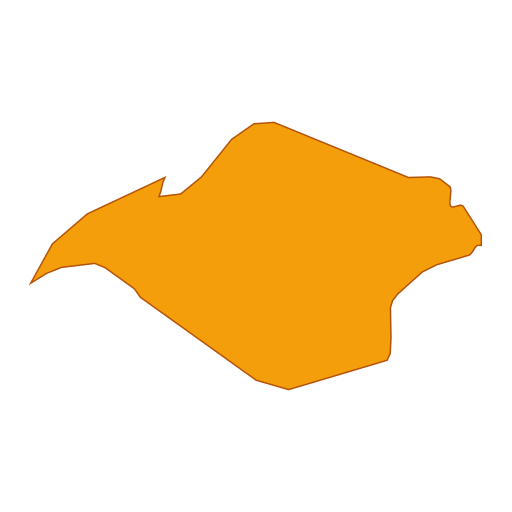 the border of Isle of Wight
{"feature_id": "GBR-2758", "entity_name": "Isle of Wight", "entity_type": "Unitary Authority", "adm_level": 1, "iso_a3": "GBR", "parent_name": "United Kingdom", "parent_adm1": "", "projection": "albers", "projection_center": [-1.252, 50.678], "detail": "fine", "context": "isolated", "style": "filled", "palette": "amber", "viewbox_px": 512, "rotation_deg": 0, "n_neighbors": 0, "source": "natural_earth", "source_scale": "10m", "svg_char_len": 666}
<svg xmlns="http://www.w3.org/2000/svg" viewBox="0 0 512 512"><path d="M463.1,206.1L481.3,234.8L481.3,245.4L477.2,245.4L474.8,247.9L472.8,251.4L469.8,254.9L436.6,264.8L422.4,271.9L397.8,293.9L392.6,300.6L390.4,307.7L391.0,337.9L390.2,353.5L387.2,360.2L288.6,389.6L256.3,380.3L140.5,297.4L134.4,288.8L105.0,267.6L94.8,263.4L61.3,267.4L46.7,273.3L30.7,283.2L52.4,243.9L87.4,213.8L165.0,177.4L163.0,182.1L160.7,191.6L159.0,196.6L180.7,194.0L201.5,176.9L231.7,139.3L253.9,123.8L274.0,122.4L408.4,177.5L430.4,176.9L439.6,178.8L450.3,187.0L450.9,190.6L449.8,202.4L450.4,206.1L452.9,207.1L460.6,205.1L463.1,206.1Z" fill="#f59e0b" stroke="#b45309" stroke-width="1.5"/></svg>